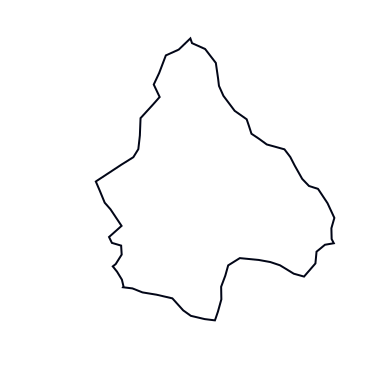 the district of Sala, Västmanland, Sweden, rotated 328°
{"feature_id": "70781695B82098029436339", "entity_name": "Sala", "entity_type": "district", "adm_level": 2, "iso_a3": "SWE", "parent_name": "Sweden", "parent_adm1": "Västmanland", "projection": "albers", "projection_center": [16.494, 60.0], "detail": "fine", "context": "isolated", "style": "outline", "palette": "ink", "viewbox_px": 384, "rotation_deg": 328, "n_neighbors": 0, "source": "geoboundaries", "source_scale": "gbopen_adm2", "svg_char_len": 1057}
<svg xmlns="http://www.w3.org/2000/svg" viewBox="0 0 384 384"><g transform="rotate(328 192 192)"><path d="M116.0,132.1L114.5,141.9L112.3,154.8L113.7,163.4L114.3,183.4L97.8,186.2L97.1,192.7L103.5,199.9L99.2,207.8L89.1,212.7L85.4,213.1L86.2,219.9L86.1,229.2L83.9,235.7L83.0,236.2L90.4,242.2L96.8,250.9L107.5,260.3L119.0,271.8L121.8,287.7L125.4,296.4L135.4,306.5L143.4,313.0L145.2,311.6L150.6,307.2L160.0,298.6L166.5,287.8L175.9,280.6L183.8,273.4L197.5,273.4L212.6,285.0L221.3,292.9L227.8,300.8L235.0,315.2L242.2,323.1L258.8,318.0L266.0,308.6L276.8,307.2L285.1,310.6L285.5,305.9L291.0,296.6L299.0,289.4L301.0,273.3L300.6,258.4L300.5,256.1L294.4,248.9L292.4,239.3L293.1,224.0L293.9,214.4L293.0,204.8L285.4,196.5L280.6,191.3L276.9,182.1L273.3,174.1L275.3,166.1L276.9,159.3L271.2,145.8L269.6,127.1L271.1,116.3L274.3,109.5L280.6,95.2L278.9,77.7L270.9,65.8L272.0,60.9L256.2,64.2L242.2,62.3L227.2,73.7L216.5,80.6L214.9,94.3L205.1,97.2L187.5,102.1L177.7,116.5L169.2,127.2L160.7,131.4L146.6,131.4L116.0,132.1Z" fill="none" stroke="#020617" stroke-width="2"/></g></svg>